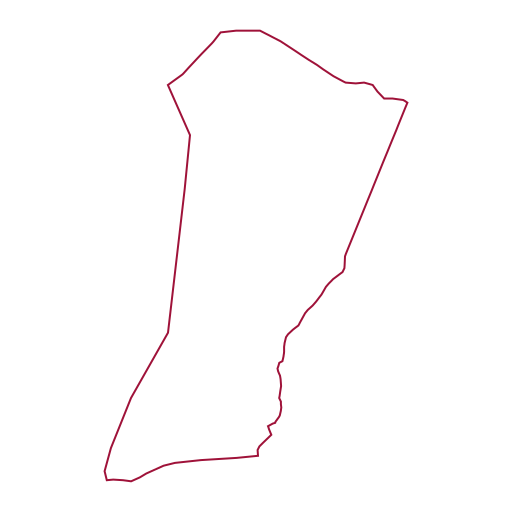 Derniere Riviere/Mardi Gras/Morne Caca Cochon, Dennery, Saint Lucia
{"feature_id": "8701671B53380311765902", "entity_name": "Derniere Riviere/Mardi Gras/Morne Caca Cochon", "entity_type": "district", "adm_level": 2, "iso_a3": "LCA", "parent_name": "Saint Lucia", "parent_adm1": "Dennery", "projection": "albers", "projection_center": [-60.919, 13.963], "detail": "fine", "context": "isolated", "style": "outline", "palette": "rose", "viewbox_px": 512, "rotation_deg": 0, "n_neighbors": 0, "source": "geoboundaries", "source_scale": "gbopen_adm2", "svg_char_len": 1980}
<svg xmlns="http://www.w3.org/2000/svg" viewBox="0 0 512 512"><path d="M258.0,455.8L257.8,452.9L257.6,450.0L259.4,446.4L262.9,442.9L271.3,434.8L269.0,429.2L268.4,427.2L268.0,426.2L271.1,424.5L272.7,423.6L274.0,423.2L275.2,422.8L275.4,422.1L275.5,421.7L278.9,417.1L279.3,416.4L279.8,415.4L280.8,411.0L281.3,407.5L280.9,404.2L280.9,401.6L279.6,398.9L279.2,398.0L279.6,396.0L280.3,391.1L281.1,386.1L280.6,379.2L280.3,377.3L280.0,375.6L279.0,373.4L278.1,371.2L277.5,368.5L278.0,367.1L278.5,365.6L279.3,362.8L282.4,361.2L283.0,358.8L283.5,356.5L283.6,355.6L284.0,353.1L284.0,352.6L284.1,352.0L284.1,346.8L284.4,344.7L284.6,343.0L286.0,337.2L288.0,334.3L288.2,334.1L292.9,329.7L295.2,327.9L298.4,325.5L299.5,323.5L299.7,323.0L305.1,313.2L307.8,309.9L312.6,305.6L316.1,301.6L317.7,299.5L318.3,298.7L319.2,297.5L321.4,294.7L322.0,293.7L323.1,291.8L325.9,286.9L327.0,285.6L328.8,283.5L331.4,280.9L333.1,279.1L338.3,275.2L340.7,273.4L342.5,272.1L344.4,268.2L344.6,265.4L344.8,261.1L345.0,256.3L345.6,254.7L345.7,254.3L349.2,245.7L352.7,237.1L353.8,234.4L360.3,218.4L364.5,208.1L367.7,200.2L371.4,191.2L374.2,184.2L375.7,180.5L383.1,162.2L387.6,151.3L390.4,144.4L396.3,130.1L397.2,127.8L398.3,125.0L405.1,108.2L407.4,102.7L405.1,101.1L403.2,100.0L395.9,99.0L392.3,98.5L384.1,98.5L382.0,96.3L377.5,91.6L373.9,86.7L372.7,85.0L369.9,84.2L364.1,82.6L355.8,83.4L345.6,82.6L343.2,81.4L333.5,76.2L323.1,69.3L317.1,65.0L309.0,60.0L300.6,54.5L299.3,53.6L291.6,48.5L280.6,41.3L272.3,37.0L268.7,35.1L265.5,33.5L260.1,30.7L251.8,30.7L241.0,30.7L235.8,30.7L220.6,32.4L213.5,41.5L212.0,43.2L209.1,46.2L201.2,54.3L199.6,56.0L197.9,57.8L189.2,67.1L188.1,68.3L186.3,70.3L183.4,73.5L182.6,74.3L181.7,75.0L178.4,77.4L174.1,80.5L167.9,85.0L190.0,135.1L184.7,189.0L179.6,233.0L168.0,332.7L131.0,398.0L110.9,448.1L104.6,471.2L106.8,480.2L113.2,479.6L123.0,480.2L131.1,481.3L139.8,477.4L146.3,473.5L163.6,465.7L174.9,462.9L200.9,460.1L236.6,457.9L258.0,455.8Z" fill="none" stroke="#9f1239" stroke-width="2"/></svg>